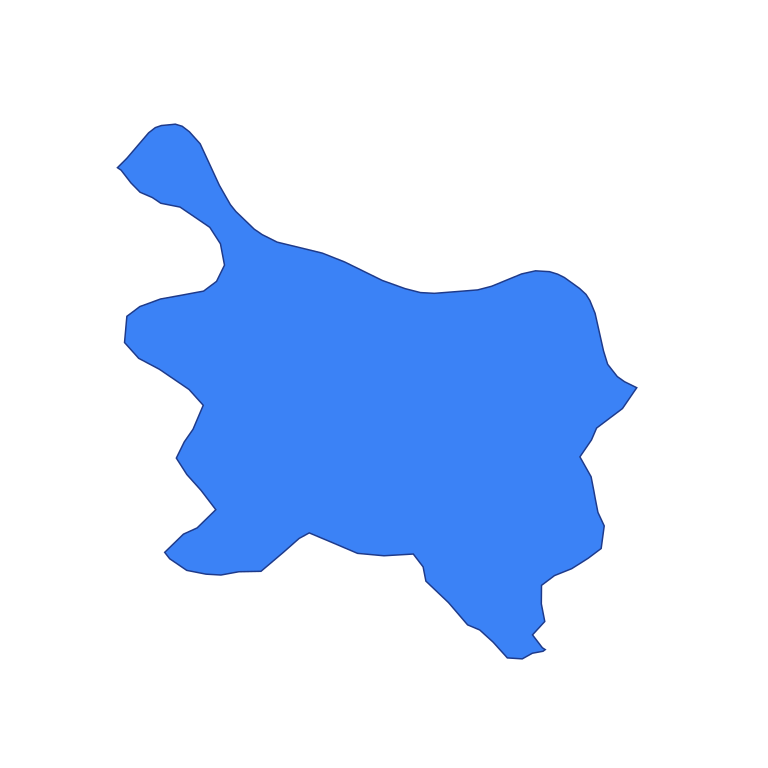 Phangyo, Kangwŏn-do, North Korea (Robinson projection), rotated 79°
{"feature_id": "82179303B47367102754155", "entity_name": "Phangyo", "entity_type": "district", "adm_level": 2, "iso_a3": "PRK", "parent_name": "North Korea", "parent_adm1": "Kangwŏn-do", "projection": "robinson", "projection_center": [126.949, 38.743], "detail": "fine", "context": "isolated", "style": "filled", "palette": "blue", "viewbox_px": 768, "rotation_deg": 79, "n_neighbors": 0, "source": "geoboundaries", "source_scale": "gbopen_adm2", "svg_char_len": 1567}
<svg xmlns="http://www.w3.org/2000/svg" viewBox="0 0 768 768"><g transform="rotate(79 384 384)"><path d="M507.4,631.4L514.7,627.7L529.3,613.2L536.7,595.0L540.4,580.5L540.6,562.3L544.4,540.5L530.1,515.0L519.4,496.8L515.9,485.8L530.5,464.0L545.2,442.3L552.6,416.8L556.5,387.7L571.0,380.5L585.5,380.5L610.9,362.4L636.4,347.9L643.7,337.0L658.3,326.1L676.4,315.2L680.2,300.7L676.6,289.8L676.7,278.9L675.5,276.4L673.1,278.9L658.6,286.1L647.8,271.5L629.8,271.5L611.7,267.8L604.6,253.2L601.1,235.0L594.0,216.8L586.9,202.2L565.3,194.9L550.8,198.5L536.3,198.5L529.1,198.4L514.6,198.4L492.9,205.6L478.5,191.0L467.8,183.7L460.7,169.2L453.6,154.6L446.4,147.3L439.2,140.0L435.9,136.6L427.6,147.5L421.2,153.6L407.3,160.7L393.4,162.2L354.9,163.3L341.3,166.0L334.6,168.6L327.5,173.8L313.9,186.6L309.3,192.6L305.3,200.1L301.8,213.7L302.2,227.9L308.6,259.8L309.5,274.1L307.6,291.0L304.6,317.3L301.2,330.8L294.4,345.1L282.1,365.8L256.8,399.2L243.8,419.5L224.3,461.9L214.1,475.1L207.3,481.8L186.4,496.5L178.6,500.6L157.6,507.7L113.2,518.6L99.3,526.9L92.5,532.9L89.1,539.3L88.8,543.0L87.8,553.2L88.7,559.6L92.5,567.1L113.4,593.4L120.8,604.4L123.9,601.3L138.4,594.0L149.3,586.8L156.7,575.9L164.0,568.6L171.4,550.5L178.7,543.2L197.0,525.1L215.2,517.8L236.9,517.9L251.3,528.8L258.4,543.4L258.3,550.7L258.2,565.2L257.9,587.1L261.4,608.9L268.5,623.5L293.8,630.8L312.0,619.9L326.6,601.8L341.2,587.3L352.2,576.4L370.4,565.5L392.0,580.1L402.7,591.1L417.1,602.0L435.3,594.8L453.5,583.9L475.3,573.1L489.6,594.9L493.1,609.5L507.4,631.4Z" fill="#3b82f6" stroke="#1e3a8a" stroke-width="1.5"/></g></svg>